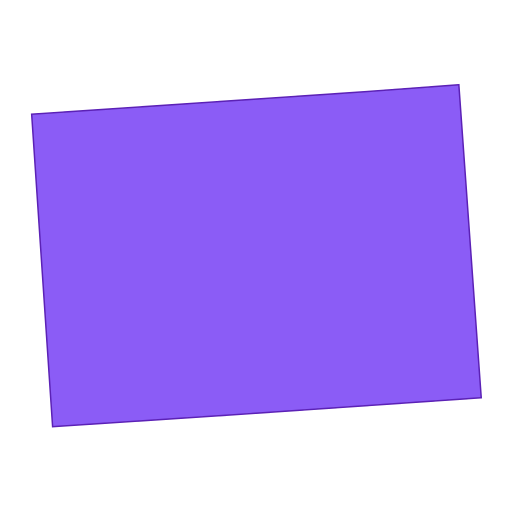 Murray, Minnesota, United States of America, rotated 356°
{"feature_id": "52423323B53940725517536", "entity_name": "Murray", "entity_type": "district", "adm_level": 2, "iso_a3": "USA", "parent_name": "United States of America", "parent_adm1": "Minnesota", "projection": "natural_earth1", "projection_center": [-95.82, 44.022], "detail": "fine", "context": "isolated", "style": "filled", "palette": "violet", "viewbox_px": 512, "rotation_deg": 356, "n_neighbors": 0, "source": "geoboundaries", "source_scale": "gbopen_adm2", "svg_char_len": 260}
<svg xmlns="http://www.w3.org/2000/svg" viewBox="0 0 512 512"><g transform="rotate(356 256 256)"><path d="M49.9,412.1L221.6,412.8L470.8,413.1L470.3,99.3L377.0,99.7L42.1,98.9L41.2,412.1L49.9,412.1Z" fill="#8b5cf6" stroke="#5b21b6" stroke-width="1.5"/></g></svg>